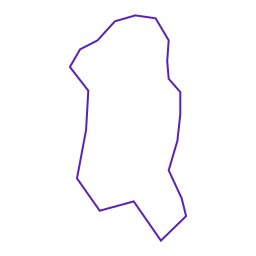 outline of Kalo Chorio Oreinis, Nicosia, Cyprus
{"feature_id": "46923920B53942944533329", "entity_name": "Kalo Chorio Oreinis", "entity_type": "district", "adm_level": 2, "iso_a3": "CYP", "parent_name": "Cyprus", "parent_adm1": "Nicosia", "projection": "natural_earth1", "projection_center": [33.158, 35.002], "detail": "fine", "context": "isolated", "style": "outline", "palette": "violet", "viewbox_px": 256, "rotation_deg": 0, "n_neighbors": 0, "source": "geoboundaries", "source_scale": "gbopen_adm2", "svg_char_len": 372}
<svg xmlns="http://www.w3.org/2000/svg" viewBox="0 0 256 256"><path d="M114.9,21.3L97.5,40.4L80.1,49.3L69.9,67.0L88.3,90.7L86.1,129.9L77.0,178.4L99.7,210.7L133.7,201.4L160.9,240.6L186.1,216.1L181.7,198.4L168.7,170.3L177.4,140.8L180.3,114.2L180.3,92.1L168.7,78.8L167.2,61.1L168.7,40.4L155.6,18.3L135.3,15.4L114.9,21.3Z" fill="none" stroke="#5b21b6" stroke-width="2"/></svg>